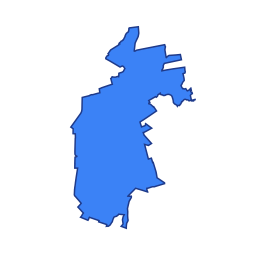 outline of Mihail Kogalniceanu, Constanta, Romania, rotated 342°
{"feature_id": "2599482B89648191700760", "entity_name": "Mihail Kogalniceanu", "entity_type": "district", "adm_level": 2, "iso_a3": "ROU", "parent_name": "Romania", "parent_adm1": "Constanta", "projection": "orthographic", "projection_center": [28.516, 44.369], "detail": "fine", "context": "isolated", "style": "filled", "palette": "blue", "viewbox_px": 256, "rotation_deg": 342, "n_neighbors": 0, "source": "geoboundaries", "source_scale": "gbopen_adm2", "svg_char_len": 5405}
<svg xmlns="http://www.w3.org/2000/svg" viewBox="0 0 256 256"><g transform="rotate(342 128 128)"><path d="M135.9,48.3L134.9,48.9L132.3,51.0L132.0,51.1L132.2,52.3L132.0,52.6L131.8,52.9L130.5,52.9L129.8,53.4L129.4,53.7L128.8,54.2L128.5,54.6L128.3,55.3L131.3,58.5L135.8,63.6L139.3,67.6L140.4,67.4L141.4,67.3L142.0,67.4L142.3,67.7L142.6,68.1L142.8,68.5L143.0,69.0L143.2,69.9L143.4,70.5L142.9,71.0L142.7,71.1L142.3,71.5L141.2,72.6L140.9,72.8L139.8,73.1L139.3,73.1L138.5,73.2L137.8,73.0L137.4,73.1L136.3,73.1L136.1,73.4L136.1,73.7L134.9,76.3L133.9,75.7L132.0,75.8L130.9,75.5L129.3,74.8L129.0,74.5L128.7,74.4L127.2,75.7L126.9,75.7L126.6,81.5L122.6,81.5L115.5,81.6L113.9,81.8L112.8,81.8L112.1,85.8L109.0,85.6L104.6,85.4L104.0,85.1L102.9,85.0L102.1,85.1L101.7,85.1L101.5,85.3L101.1,85.3L93.9,84.8L90.0,96.0L89.5,97.0L89.0,97.9L88.4,98.6L87.5,99.5L86.3,100.4L73.9,109.5L75.6,111.7L74.0,116.4L76.1,117.3L74.9,121.3L74.7,121.4L70.3,133.8L69.5,136.4L69.5,136.8L69.5,137.1L70.2,139.2L70.5,139.1L70.5,139.3L68.6,139.4L66.4,145.5L66.5,145.8L66.3,146.0L66.2,146.2L65.0,149.7L67.7,150.6L63.5,158.9L61.0,164.0L60.8,164.5L59.9,166.4L58.7,168.8L58.4,169.7L58.2,169.9L58.1,170.2L56.3,175.0L56.4,176.2L56.7,176.6L57.4,178.3L58.8,181.6L60.2,185.1L58.9,186.0L55.9,187.7L59.3,195.1L58.1,195.9L56.8,197.2L55.3,198.2L61.4,203.4L61.9,203.0L62.5,202.4L62.8,201.9L63.7,201.0L71.8,207.1L71.1,208.2L77.9,213.2L77.3,214.5L77.1,214.8L78.1,214.9L78.5,215.3L79.1,215.3L79.9,215.1L80.7,214.8L81.1,214.7L81.9,214.0L83.2,212.9L84.0,212.4L84.2,212.2L84.3,211.9L84.8,211.2L85.6,210.1L86.3,209.4L86.5,209.1L86.8,208.6L87.1,208.5L88.1,208.3L89.8,208.4L90.1,208.4L90.6,208.0L91.6,207.8L92.5,207.1L97.6,209.3L96.0,210.9L95.6,211.5L94.4,213.5L94.3,213.9L94.1,215.2L93.8,217.1L93.6,217.7L93.4,217.9L93.1,218.2L91.1,219.4L93.9,221.6L95.4,222.8L95.8,221.6L96.3,220.3L97.1,218.6L97.7,217.7L98.6,217.0L99.1,216.4L99.6,215.7L99.8,214.2L100.5,211.4L101.9,207.5L102.6,204.4L106.4,198.1L109.4,195.4L109.7,195.0L110.2,194.0L110.6,194.1L110.0,193.8L108.6,193.5L107.9,193.2L106.9,192.8L107.0,192.7L116.6,187.7L122.2,191.5L126.9,194.9L127.0,194.5L126.8,193.4L126.9,192.7L127.0,192.0L127.3,191.2L127.7,191.3L128.5,191.4L132.6,191.4L133.5,191.5L134.7,192.0L140.9,192.1L145.6,192.2L145.8,191.4L140.3,184.4L140.3,184.1L140.9,180.1L141.1,178.2L141.2,173.7L141.2,173.3L141.3,168.5L140.8,168.5L140.9,163.9L137.8,163.8L138.7,148.7L142.0,150.9L145.6,150.0L141.3,140.2L141.1,139.8L141.1,137.0L141.7,137.1L144.3,136.7L150.5,135.5L146.1,129.3L145.9,129.5L145.6,130.5L145.4,130.7L145.3,130.8L145.0,131.0L143.9,131.1L141.2,131.1L141.2,126.0L148.0,124.2L160.4,120.6L159.0,115.7L158.8,115.7L158.7,115.8L156.6,112.2L155.3,111.4L155.3,111.2L156.0,110.4L156.7,110.3L156.2,108.3L163.9,106.7L164.3,107.1L164.2,107.3L164.4,107.5L165.5,107.0L165.9,106.8L166.3,106.3L166.5,105.9L167.0,105.6L167.3,105.5L167.3,105.4L167.5,105.3L168.0,105.5L169.0,105.0L169.4,104.8L169.5,105.5L169.5,106.3L170.0,106.7L170.6,106.9L171.4,107.6L171.6,108.0L172.2,108.1L172.5,108.3L173.2,108.4L173.5,108.4L173.7,108.2L174.1,108.2L175.7,108.2L176.9,108.5L177.4,108.7L178.4,109.5L179.1,110.2L179.3,110.6L179.5,111.2L179.6,111.4L179.7,112.4L179.6,112.6L179.6,113.4L179.6,113.8L179.6,114.5L179.4,116.3L179.1,117.4L179.1,117.9L179.3,118.4L179.4,118.8L179.5,119.0L179.8,119.6L180.1,119.9L180.4,120.1L180.7,120.5L180.9,120.8L181.4,121.2L181.6,121.5L181.5,122.1L181.6,122.3L181.7,122.0L182.8,122.1L183.4,122.2L183.6,122.2L183.6,122.4L183.9,122.5L184.7,122.0L184.9,121.7L185.2,121.5L185.5,121.5L186.3,120.7L186.8,120.2L187.1,120.0L187.2,119.9L187.1,119.7L187.3,119.5L187.8,119.6L188.0,119.5L188.0,119.4L188.5,119.2L188.9,119.0L189.1,118.8L189.4,118.7L189.5,118.6L190.3,118.3L191.1,118.3L191.5,118.5L192.0,118.9L192.4,119.4L192.8,119.5L192.9,119.4L193.1,119.5L193.4,119.7L193.6,119.8L193.9,120.1L194.1,120.3L194.2,120.7L194.4,121.0L195.0,121.1L195.7,121.0L196.4,121.3L196.7,121.8L196.9,121.9L198.6,122.5L198.8,122.5L199.0,122.2L199.8,121.8L200.6,121.8L200.6,121.5L198.4,121.5L196.9,121.0L197.4,116.2L198.6,115.4L199.8,115.2L199.9,113.9L199.6,113.8L198.9,112.9L199.0,111.6L199.8,111.8L200.1,109.5L199.9,109.5L198.4,110.5L197.5,110.8L196.3,111.1L195.9,111.0L195.7,110.7L195.1,108.4L193.4,108.3L193.3,108.1L193.1,107.8L192.8,107.6L192.3,107.6L191.9,106.6L191.6,105.1L191.6,103.9L191.7,103.7L192.4,103.4L194.2,101.4L196.1,100.2L196.5,98.7L196.7,97.4L197.1,93.3L199.1,93.3L199.8,92.3L200.0,90.6L200.7,87.7L189.2,85.7L182.7,84.7L177.9,84.1L178.1,83.5L178.2,83.3L178.7,83.3L178.7,83.0L179.1,82.7L179.3,82.4L180.1,81.5L180.5,80.9L180.6,80.2L180.9,79.4L182.5,77.8L186.7,78.2L199.9,79.6L200.4,75.2L200.5,74.3L196.4,73.4L189.6,71.7L189.1,71.7L188.4,71.9L187.5,72.2L186.4,72.8L186.1,73.1L185.9,73.3L186.2,72.4L186.3,71.2L187.3,64.7L187.5,64.5L187.7,64.3L187.7,64.1L187.9,63.6L188.0,63.4L188.5,62.7L188.7,62.3L188.7,61.9L188.5,61.5L188.6,61.0L188.7,60.7L188.6,60.1L165.5,57.3L160.4,56.7L159.5,56.8L158.9,57.0L158.7,57.0L157.9,56.9L157.7,56.7L160.9,49.7L161.2,49.3L161.5,48.9L165.9,44.2L167.3,41.7L167.6,41.0L169.1,34.9L160.1,33.2L160.0,33.3L159.5,33.8L159.3,34.8L159.0,35.0L158.8,35.4L158.6,35.7L158.4,36.3L157.8,36.6L157.7,36.9L156.6,37.1L155.8,37.5L155.2,37.9L153.9,39.2L153.8,39.7L150.8,42.7L150.5,42.6L150.0,43.0L149.1,43.3L148.4,43.3L148.1,43.4L147.6,43.9L146.3,44.3L146.3,44.6L146.1,44.7L146.2,44.9L146.1,45.1L146.1,45.5L145.1,45.4L144.9,46.1L136.0,48.3L135.9,48.3Z" fill="#3b82f6" stroke="#1e3a8a" stroke-width="1.5"/></g></svg>